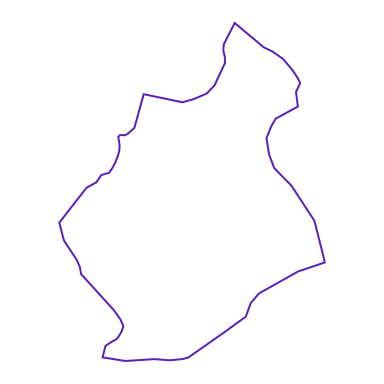 Novo Mesto, orthographic projection
{"feature_id": "SVN-212", "entity_name": "Novo Mesto", "entity_type": "Municipality", "adm_level": 1, "iso_a3": "SVN", "parent_name": "Slovenia", "parent_adm1": "", "projection": "orthographic", "projection_center": [15.192, 45.803], "detail": "fine", "context": "isolated", "style": "outline", "palette": "violet", "viewbox_px": 384, "rotation_deg": 0, "n_neighbors": 0, "source": "natural_earth", "source_scale": "10m", "svg_char_len": 956}
<svg xmlns="http://www.w3.org/2000/svg" viewBox="0 0 384 384"><path d="M324.7,262.5L298.2,271.4L259.0,293.4L250.8,303.0L245.8,316.6L245.0,317.2L224.7,332.0L188.3,357.5L182.3,359.1L169.5,360.3L154.6,359.1L125.4,361.0L102.6,357.4L105.5,345.8L112.4,341.3L115.4,339.9L117.9,337.7L119.4,335.1L121.2,332.4L123.4,326.2L120.4,319.4L113.8,310.1L81.1,274.1L79.9,267.2L76.8,260.0L63.9,240.4L59.3,222.6L86.5,187.8L96.5,182.2L101.3,175.0L109.1,172.8L112.4,168.0L114.9,163.3L117.9,155.9L119.2,151.2L119.6,146.2L119.2,142.3L118.2,137.0L119.7,135.3L121.5,135.0L124.7,135.3L128.0,133.6L134.4,127.9L143.7,94.2L182.4,102.3L193.9,99.0L206.8,93.5L214.5,85.4L225.1,62.8L224.7,56.3L223.3,50.3L223.8,44.3L234.7,23.0L263.7,47.3L272.6,51.6L283.1,59.0L292.5,70.2L297.3,77.4L300.2,83.1L296.0,91.9L297.9,106.5L275.8,118.6L271.4,126.0L266.5,138.0L269.1,154.6L274.2,168.0L291.7,186.0L314.4,220.8L323.9,258.3L324.6,262.0L324.7,262.5Z" fill="none" stroke="#5b21b6" stroke-width="2"/></svg>